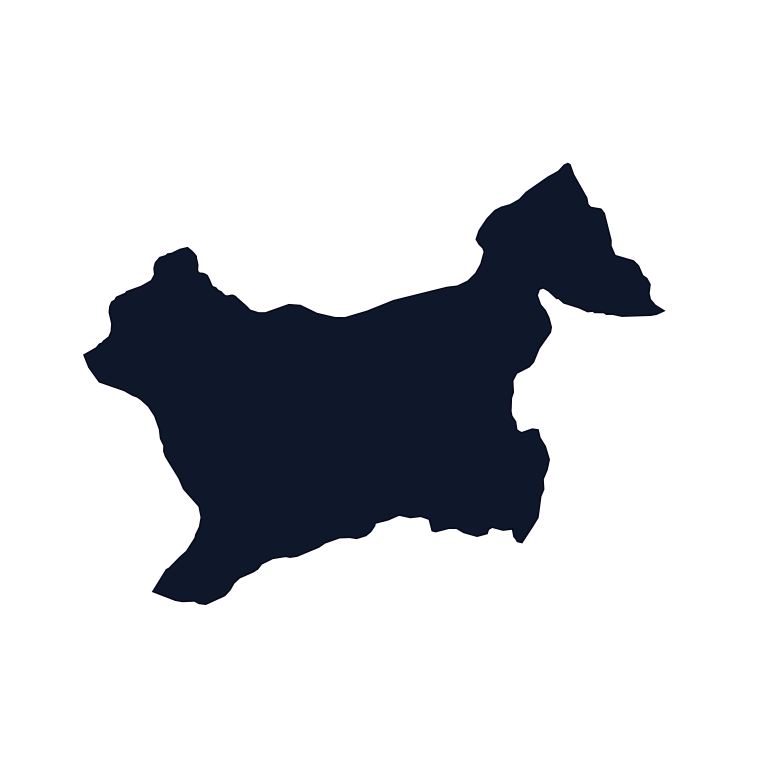 Comitancillo, San Marcos, Guatemala, rotated 70°
{"feature_id": "79465075B17220282453163", "entity_name": "Comitancillo", "entity_type": "district", "adm_level": 2, "iso_a3": "GTM", "parent_name": "Guatemala", "parent_adm1": "San Marcos", "projection": "natural_earth1", "projection_center": [-91.754, 15.119], "detail": "fine", "context": "isolated", "style": "filled", "palette": "ink", "viewbox_px": 768, "rotation_deg": 70, "n_neighbors": 0, "source": "geoboundaries", "source_scale": "gbopen_adm2", "svg_char_len": 2929}
<svg xmlns="http://www.w3.org/2000/svg" viewBox="0 0 768 768"><g transform="rotate(70 384 384)"><path d="M580.2,308.6L568.8,293.4L562.1,285.0L543.1,275.1L537.6,270.0L527.9,267.1L520.3,260.1L511.5,254.6L497.8,253.8L487.9,255.9L479.8,254.9L477.1,260.1L476.9,271.3L475.0,273.2L472.4,275.0L464.6,273.3L457.7,274.9L453.0,274.1L440.7,269.1L436.1,265.4L425.0,262.0L419.2,255.7L417.4,241.6L414.5,236.1L403.6,226.2L392.2,209.9L387.8,207.4L378.2,206.5L370.2,207.3L363.0,209.9L353.1,209.8L348.0,205.6L348.1,201.5L352.6,197.6L362.7,192.4L363.0,190.7L369.3,187.3L379.0,174.6L385.6,167.9L387.1,162.3L388.7,161.8L392.1,152.9L394.5,151.2L396.5,145.4L401.6,137.3L410.5,110.2L411.6,104.2L411.0,95.8L402.9,102.2L395.6,104.9L389.3,104.0L381.5,100.0L374.7,101.0L370.6,103.9L360.1,104.5L353.7,107.5L342.3,123.0L331.8,123.6L326.8,121.6L299.1,118.7L293.9,120.3L288.7,129.5L285.1,131.0L278.5,129.9L252.3,134.3L241.6,134.2L239.7,135.9L240.0,139.8L243.9,147.4L245.7,158.9L252.5,184.6L257.1,193.8L258.8,204.2L258.1,213.3L259.0,220.4L264.0,230.6L272.4,242.1L279.6,247.8L285.1,246.8L290.0,244.5L294.1,244.5L304.6,252.0L311.5,260.0L316.1,270.0L317.2,281.7L314.8,291.8L309.0,346.3L309.9,375.0L308.5,397.9L304.9,407.5L294.8,423.0L285.3,432.2L281.6,435.8L276.9,446.3L276.7,471.0L274.3,477.6L268.8,484.8L264.9,486.4L262.8,487.5L255.0,491.7L253.5,492.6L251.0,493.7L249.0,495.7L248.4,497.5L247.9,501.0L246.8,503.2L245.2,504.0L243.9,504.7L241.6,505.6L240.0,507.4L238.7,508.3L236.2,509.2L234.8,510.8L233.8,512.0L231.4,512.3L229.4,512.4L225.6,512.6L224.0,512.8L221.6,513.1L219.7,514.6L218.1,516.5L217.4,518.2L216.6,519.8L214.1,520.6L212.0,519.9L210.3,519.2L208.4,518.3L206.0,517.9L204.2,517.6L202.2,517.5L199.9,516.8L196.9,517.7L193.3,519.3L190.3,521.1L188.7,522.0L187.8,529.6L188.7,538.7L187.9,543.1L188.9,544.9L188.5,551.4L192.0,557.4L196.6,560.5L202.7,562.0L207.4,567.2L209.3,578.5L209.3,594.4L210.4,595.7L211.0,605.7L213.3,608.3L213.8,611.8L217.6,615.2L222.6,617.6L234.3,619.1L241.4,622.3L245.8,626.4L247.7,632.6L249.2,635.0L249.2,637.8L251.7,641.9L254.1,656.0L267.4,655.6L284.6,650.8L301.2,630.3L308.6,624.0L311.8,620.2L315.2,617.8L324.4,612.9L335.7,610.3L349.7,610.4L358.8,612.6L366.8,611.8L371.8,613.9L377.5,614.0L402.7,608.8L414.0,608.2L435.8,599.6L446.8,601.3L455.3,606.2L461.4,612.5L464.1,614.1L473.8,626.8L477.2,635.4L483.6,648.7L484.1,652.0L500.0,672.2L515.8,654.0L519.4,647.8L523.0,636.3L526.9,632.9L530.0,626.8L528.3,606.0L524.8,599.2L519.8,593.3L516.7,586.2L515.7,570.9L514.5,565.8L511.2,560.8L509.8,548.3L512.3,535.4L514.6,531.5L516.0,524.7L514.9,500.9L513.1,494.2L513.2,478.3L516.4,468.5L519.7,462.6L520.2,452.9L518.2,447.1L514.0,441.3L511.7,440.0L513.0,426.5L512.3,414.6L518.5,404.8L520.9,394.7L526.6,387.7L538.4,388.9L540.4,385.9L541.7,372.5L544.4,365.1L550.8,359.8L558.9,348.6L559.8,338.3L556.4,335.7L555.5,331.4L562.0,322.1L564.2,312.8L571.9,314.1L574.8,313.0L577.5,312.6L580.2,308.6Z" fill="#0f172a" stroke="#020617" stroke-width="1.5"/></g></svg>